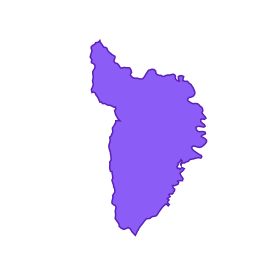 outline of Ribeirãozinho, Mato Grosso, Brazil, rotated 315°
{"feature_id": "56859067B204587652476", "entity_name": "Ribeirãozinho", "entity_type": "district", "adm_level": 2, "iso_a3": "BRA", "parent_name": "Brazil", "parent_adm1": "Mato Grosso", "projection": "natural_earth1", "projection_center": [-52.747, -16.459], "detail": "fine", "context": "isolated", "style": "filled", "palette": "violet", "viewbox_px": 256, "rotation_deg": 315, "n_neighbors": 0, "source": "geoboundaries", "source_scale": "gbopen_adm2", "svg_char_len": 4119}
<svg xmlns="http://www.w3.org/2000/svg" viewBox="0 0 256 256"><g transform="rotate(315 128 128)"><path d="M141.0,190.7L142.3,191.8L143.3,192.7L144.9,193.0L147.0,194.2L149.4,194.1L151.3,195.2L152.7,196.3L154.3,197.1L155.8,198.0L157.2,199.1L158.2,200.8L159.9,200.5L160.4,199.1L159.8,197.7L159.1,194.3L158.7,192.0L158.4,190.0L158.5,188.2L159.4,186.6L161.4,186.8L162.9,189.0L163.6,190.6L164.8,192.2L166.7,193.4L169.9,193.8L171.9,193.7L173.8,193.3L175.0,192.0L174.9,189.5L174.1,187.2L173.9,185.7L175.1,185.4L176.7,186.2L178.6,186.9L179.6,185.5L178.6,183.6L177.2,182.3L175.6,180.8L175.0,179.4L175.2,177.8L176.0,175.9L177.6,175.7L178.9,176.6L179.9,177.6L180.9,179.1L182.4,181.1L183.8,181.3L184.4,179.7L184.0,177.2L184.0,174.9L185.5,173.4L186.8,174.0L188.1,175.9L190.0,176.2L190.5,174.7L190.6,172.1L191.0,169.5L193.0,168.8L194.3,167.1L194.8,165.4L194.4,163.9L194.6,162.3L194.4,160.1L192.9,158.2L191.4,157.0L190.5,155.3L190.0,153.3L189.6,151.3L190.4,149.9L192.5,149.5L194.7,150.9L196.7,151.6L199.0,151.3L200.6,149.9L201.5,148.2L202.5,145.6L202.9,143.7L203.3,141.6L202.8,139.1L203.1,137.1L202.1,136.0L201.1,135.1L200.4,133.0L202.2,131.9L203.8,131.0L203.0,128.9L201.3,127.5L199.8,127.3L198.6,128.7L197.4,131.1L196.4,129.5L196.2,127.3L196.9,126.0L198.3,124.8L198.6,123.3L198.0,121.9L196.3,120.8L194.8,119.9L193.7,118.7L192.4,117.9L190.5,117.1L189.1,116.4L188.6,114.2L187.3,112.8L186.3,110.8L186.7,108.7L187.9,107.1L187.7,104.9L186.5,103.4L185.1,102.7L183.5,101.8L182.2,101.8L180.6,102.2L178.3,102.7L176.3,103.3L174.5,103.5L172.9,103.5L171.1,101.7L169.9,99.5L168.5,98.1L167.6,96.9L167.0,95.6L166.9,93.9L167.2,92.2L168.3,91.5L169.9,91.2L171.1,89.1L171.7,86.8L170.7,85.4L169.5,84.3L168.6,83.0L167.6,82.1L166.4,81.4L165.3,80.5L165.4,78.9L166.0,76.9L166.0,74.7L165.0,73.2L165.0,71.2L166.4,70.0L168.2,69.3L169.4,68.2L169.0,66.3L168.5,64.6L168.5,62.9L168.2,61.1L168.5,58.7L169.4,56.8L169.2,55.2L168.0,53.8L168.4,51.6L168.8,49.8L169.1,47.7L170.0,46.2L168.0,46.4L166.8,45.8L165.4,44.8L163.6,45.3L161.8,44.7L159.7,44.5L158.4,45.4L157.3,47.7L156.0,48.6L153.6,49.8L151.4,51.1L150.8,54.1L149.4,54.8L148.3,56.0L149.1,57.9L149.0,60.0L147.8,61.6L146.0,62.5L144.6,62.7L142.7,63.4L140.8,65.6L139.7,67.2L137.5,68.8L136.3,69.5L135.3,71.0L134.2,72.7L131.9,74.0L129.5,74.7L128.4,76.1L127.6,77.5L129.0,78.1L129.6,80.2L128.7,82.0L128.4,84.6L127.3,87.8L126.4,89.8L127.5,90.7L127.3,92.9L128.9,94.2L129.4,96.3L130.2,98.0L131.5,99.5L132.1,101.1L132.8,103.5L134.0,104.3L132.9,105.9L130.7,106.2L129.9,107.8L128.7,109.8L128.1,112.1L127.6,113.6L127.4,115.1L127.4,117.2L126.2,115.7L124.5,114.2L123.4,115.2L121.7,115.9L119.8,116.5L118.5,116.7L116.9,117.0L115.6,118.6L114.6,119.8L113.4,120.6L112.1,120.8L111.0,121.7L109.0,121.5L107.9,122.3L107.2,123.6L105.8,124.7L104.5,125.6L102.9,126.3L101.4,127.5L99.7,130.0L98.5,132.5L97.1,134.2L95.9,136.0L94.6,137.4L93.2,138.8L91.2,139.0L89.4,141.0L87.8,142.4L86.7,143.4L85.7,144.9L85.0,146.4L85.8,147.6L84.6,148.9L83.5,150.7L82.3,152.0L81.4,153.1L80.0,153.3L78.9,154.9L78.1,156.7L77.4,158.1L76.2,159.6L75.4,161.8L73.5,163.9L71.9,164.4L70.5,164.6L69.2,165.1L68.0,166.7L65.8,167.9L64.2,169.0L63.4,170.2L63.5,171.9L64.1,173.8L63.4,175.8L60.9,177.2L59.9,178.1L58.7,179.6L57.3,181.2L54.9,182.9L54.0,188.2L53.5,189.9L52.2,191.3L52.4,194.3L53.4,196.8L55.9,197.9L57.7,198.6L58.3,201.2L57.5,203.9L57.3,206.9L57.3,209.1L60.2,208.1L61.7,207.5L63.0,207.4L65.0,206.6L67.2,206.2L71.2,205.8L73.7,205.4L76.8,205.2L79.5,207.4L82.4,207.7L83.6,208.7L86.0,210.1L87.8,209.9L90.5,209.2L95.7,208.4L97.0,208.3L99.7,208.4L101.3,208.8L101.4,211.5L103.1,211.3L103.0,208.9L104.8,207.9L106.1,207.9L105.8,205.7L108.0,206.1L109.3,206.3L109.9,204.0L111.4,204.4L112.3,205.9L113.6,206.0L114.9,205.4L116.3,205.4L117.8,204.3L117.5,202.7L118.7,200.2L120.2,201.7L122.2,202.6L123.9,203.1L125.4,202.2L125.5,200.7L127.5,201.9L129.2,203.7L131.1,202.8L131.5,200.8L131.8,199.1L132.7,196.7L134.9,196.8L136.9,197.0L139.1,196.6L138.1,194.0L135.5,194.0L135.6,192.3L134.4,191.6L135.2,189.9L137.6,189.4L138.6,188.1L140.8,188.7L143.0,187.8L142.9,189.4L141.0,190.7ZM141.0,190.7L139.6,190.4L139.1,192.0L141.0,190.7Z" fill="#8b5cf6" stroke="#5b21b6" stroke-width="1.5"/></g></svg>